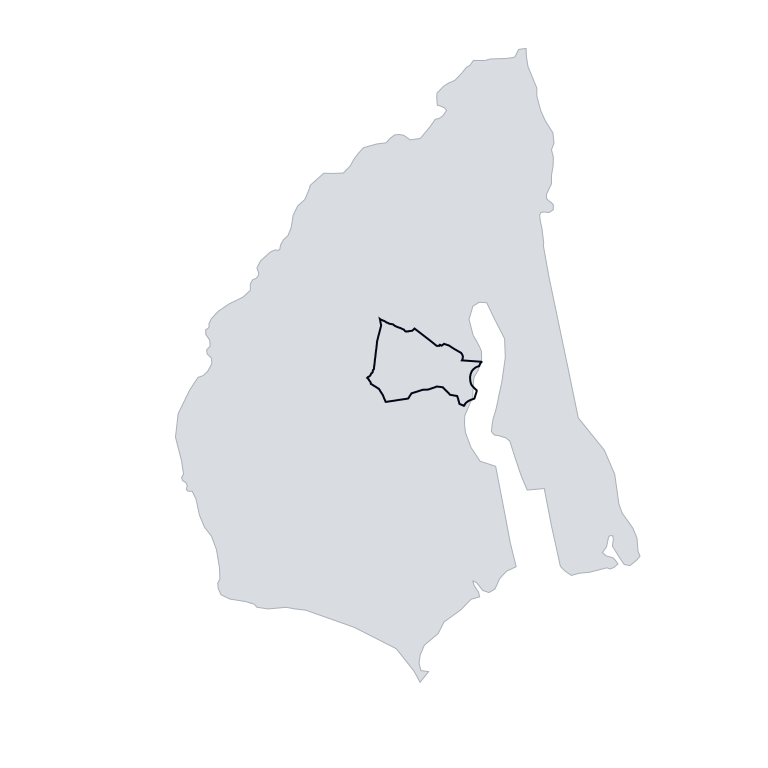 Koumpentoum, Tambacounda, Senegal shown in context, rotated 258°
{"feature_id": "50182788B60464160168835", "entity_name": "Koumpentoum", "entity_type": "district", "adm_level": 2, "iso_a3": "SEN", "parent_name": "Senegal", "parent_adm1": "Tambacounda", "projection": "orthographic", "projection_center": [-14.431, 14.084], "detail": "fine", "context": "in_parent", "style": "outline", "palette": "ink", "viewbox_px": 768, "rotation_deg": 258, "n_neighbors": 0, "source": "geoboundaries", "source_scale": "gbopen_adm2", "svg_char_len": 8864}
<svg xmlns="http://www.w3.org/2000/svg" viewBox="0 0 768 768"><g transform="rotate(258 384 384)"><path d="M593.5,352.9L602.7,368.9L600.8,376.7L598.8,388.0L604.1,396.1L610.2,401.4L614.5,406.3L619.4,413.0L620.3,426.5L619.5,436.2L622.7,440.6L625.4,446.1L624.9,450.8L623.2,454.9L617.4,460.4L616.6,470.5L626.1,482.6L632.3,489.2L632.3,493.0L634.0,497.2L638.5,502.0L641.3,500.8L644.3,496.8L645.6,494.1L653.8,495.2L657.6,496.4L662.9,504.3L664.9,509.6L666.2,516.3L671.8,524.6L676.6,530.4L677.6,534.0L681.9,538.9L679.4,550.0L679.8,555.6L677.1,570.5L676.5,577.5L676.7,580.1L683.3,585.3L682.7,592.8L676.1,591.5L664.6,590.8L641.8,595.0L633.9,593.4L618.9,594.1L608.2,596.4L594.6,601.4L584.1,600.3L578.3,596.5L570.8,596.8L562.3,594.8L553.3,591.2L545.0,589.4L536.1,582.6L532.0,581.4L529.0,583.2L526.6,585.5L524.0,586.9L519.2,585.7L517.4,581.1L518.9,576.6L519.3,573.2L517.0,571.4L511.6,570.8L502.8,570.8L488.7,569.5L485.5,568.6L453.9,567.6L421.1,567.5L393.3,567.4L358.2,567.3L333.5,567.1L310.5,567.0L292.7,576.0L273.4,585.8L247.5,590.9L217.8,588.8L208.2,590.1L198.4,594.4L191.1,597.5L180.8,599.4L167.6,597.7L162.2,598.6L158.9,594.0L155.2,586.7L157.6,581.4L165.7,578.1L177.9,573.7L184.2,576.0L188.0,576.2L188.7,573.3L187.5,571.8L178.4,567.8L173.7,562.6L169.7,565.6L166.3,571.9L163.4,573.7L159.3,575.4L156.9,571.1L156.0,566.9L157.9,563.7L157.1,545.6L158.3,536.0L157.8,527.5L163.6,522.0L169.0,518.6L190.3,518.5L210.0,518.3L229.1,518.7L248.4,519.0L250.5,502.1L256.6,500.8L265.8,499.1L282.9,497.1L302.0,495.2L306.0,491.9L309.2,486.3L311.2,481.3L315.2,479.2L320.5,480.9L327.5,483.6L334.7,487.7L343.0,491.5L348.5,493.8L361.8,499.8L384.5,508.1L403.2,511.4L425.8,505.3L442.1,501.4L444.2,494.1L441.6,487.1L429.5,480.6L412.9,481.3L407.9,483.1L400.2,485.3L395.6,486.1L387.8,484.6L377.9,479.0L371.7,473.3L363.0,470.7L352.7,468.0L336.2,456.4L327.6,454.3L319.4,453.6L303.7,455.9L288.4,462.0L280.3,476.1L264.9,475.8L232.4,475.2L202.5,474.5L177.8,475.3L175.5,465.0L169.7,456.8L160.3,449.8L158.2,443.3L161.5,437.7L170.7,433.1L172.8,429.9L168.0,430.3L160.8,433.2L155.9,433.3L155.4,424.4L147.5,412.8L138.7,393.2L128.6,385.1L120.2,369.2L111.3,363.0L103.1,360.1L96.0,360.6L93.4,367.8L84.7,357.3L96.8,353.7L122.5,341.0L152.3,304.1L179.1,260.3L182.6,249.9L185.9,242.0L188.1,224.0L192.0,213.3L195.6,211.3L200.1,203.1L205.6,188.7L211.7,180.8L218.5,179.3L223.8,180.0L227.5,183.0L238.6,184.9L256.9,185.7L271.0,183.6L281.1,178.7L294.2,176.2L310.5,176.2L319.0,174.1L319.9,170.0L322.0,168.7L325.4,170.4L328.6,169.8L331.6,166.8L334.6,166.6L337.5,169.2L351.1,170.0L375.4,169.0L397.8,176.5L418.5,192.7L429.1,203.4L429.8,208.8L433.2,214.3L439.4,219.7L445.0,220.7L450.2,217.3L454.2,217.6L457.1,221.8L463.0,222.6L469.5,220.0L474.2,220.9L475.0,223.4L476.1,224.7L479.3,225.3L483.6,228.5L489.6,237.0L494.5,249.0L498.4,264.3L503.4,272.7L509.6,274.0L513.2,277.1L513.9,280.8L515.7,283.3L518.7,284.6L523.9,283.8L530.1,288.9L536.7,300.2L537.8,305.2L536.8,308.0L537.2,310.0L541.6,311.8L545.8,315.5L549.2,321.0L556.6,325.9L567.8,330.1L576.0,336.5L581.0,345.0L591.3,352.1L593.5,352.9Z" fill="#d9dde1" stroke="#a8b0b8" stroke-width="1"/><path d="M448.5,393.5L446.7,393.5L444.8,393.4L441.9,393.4L434.6,389.8L432.1,388.5L429.6,387.3L426.9,386.0L426.7,385.9L424.8,385.4L424.0,385.1L423.5,385.0L422.7,384.6L422.1,384.5L421.9,384.4L420.2,383.9L419.6,383.6L419.4,383.5L419.1,383.4L417.8,383.0L417.4,382.8L416.9,382.7L416.5,382.5L416.0,382.4L415.6,382.2L415.3,382.1L414.9,382.0L413.7,381.6L413.4,381.5L413.1,381.5L412.7,381.3L411.3,380.8L410.7,380.5L410.3,380.4L409.6,380.2L409.3,380.0L409.0,380.0L408.8,379.9L408.4,379.8L408.1,379.7L407.6,379.5L406.7,379.3L406.3,379.1L406.0,379.0L405.1,378.7L404.6,378.5L404.3,378.5L404.1,378.3L403.6,378.1L403.3,378.1L402.4,377.7L402.1,377.6L401.8,377.6L400.9,377.3L400.6,377.2L400.4,376.9L400.2,376.6L399.9,376.1L399.7,376.0L399.6,375.9L399.4,375.9L398.8,375.6L398.4,375.6L398.2,375.4L397.9,375.3L397.4,374.8L396.9,373.6L396.6,373.4L396.2,373.2L395.7,372.7L395.3,372.5L395.2,372.3L395.1,372.2L394.9,372.0L394.3,370.7L394.2,370.4L394.2,370.0L394.2,369.9L394.1,369.7L393.5,368.9L393.2,369.2L393.0,369.3L392.7,369.3L392.3,369.6L391.8,370.0L391.4,370.1L391.1,370.1L390.9,370.1L390.7,370.2L390.7,370.3L390.4,370.4L390.1,370.5L389.8,370.6L389.2,371.0L388.3,371.3L387.8,371.3L387.2,371.1L386.9,371.1L386.7,371.5L386.3,371.8L386.0,372.2L385.7,372.5L385.3,372.8L385.0,373.2L384.8,373.4L384.4,373.8L384.2,373.9L383.9,374.2L383.7,374.6L383.2,375.0L382.8,375.5L382.3,376.0L382.2,376.0L381.9,376.3L381.5,376.8L381.3,377.0L381.1,377.2L380.9,377.3L380.7,377.5L380.4,378.0L380.0,378.1L379.6,378.2L379.0,378.6L378.4,378.7L378.2,378.8L377.9,378.8L377.6,379.0L376.4,379.4L376.1,379.5L375.8,379.7L375.5,379.7L375.1,380.0L374.9,380.0L374.6,380.1L374.1,380.2L373.7,380.5L373.2,380.6L372.9,380.6L372.7,380.7L371.3,380.9L371.1,381.0L370.3,381.1L370.1,381.1L369.7,381.2L369.4,381.2L368.7,381.5L368.4,381.5L367.8,381.6L367.2,381.7L366.8,381.8L366.5,381.8L366.4,381.9L366.2,381.9L366.1,382.0L365.7,388.7L365.6,389.6L365.4,394.0L364.8,403.6L364.8,404.7L365.0,405.0L365.4,405.2L366.0,405.9L366.3,406.1L366.6,406.4L367.7,407.5L368.7,408.6L368.9,408.7L369.2,409.0L369.2,409.4L369.3,410.6L369.4,411.4L369.4,412.3L369.5,412.4L369.5,412.7L369.7,414.8L369.7,415.3L369.8,415.6L370.3,420.7L370.3,421.1L370.1,421.6L370.0,422.6L369.8,423.5L369.4,425.8L369.5,426.7L369.5,427.5L369.6,428.0L369.7,428.6L369.7,429.0L369.8,429.2L369.8,429.5L369.9,430.0L369.9,430.5L370.0,431.0L370.0,431.5L370.1,431.8L370.1,432.2L370.1,432.4L370.2,433.3L370.4,433.8L370.4,434.1L370.5,434.7L370.6,434.9L370.5,435.3L369.9,437.0L369.7,437.7L369.4,438.6L369.0,439.7L368.9,439.9L368.6,440.8L368.3,440.9L368.1,441.2L367.7,441.3L367.4,441.6L366.2,442.2L365.7,442.7L365.0,443.1L364.5,443.3L363.9,443.9L363.3,444.2L363.0,444.4L362.4,444.7L362.2,445.0L361.4,445.5L361.1,445.6L360.3,446.0L359.9,446.2L359.7,446.4L359.2,447.7L357.7,451.3L357.7,451.6L357.6,451.9L357.4,452.1L357.1,453.0L356.8,453.1L356.1,453.2L355.4,453.2L354.7,453.4L354.0,453.4L353.7,453.5L353.2,453.4L352.7,453.4L352.0,453.6L351.6,453.5L350.6,453.6L350.1,453.6L349.3,453.6L348.9,453.7L348.8,453.9L348.5,454.0L348.2,454.7L348.0,454.9L347.8,455.2L347.6,455.4L347.6,455.5L347.2,456.0L347.1,456.4L346.8,456.6L346.8,456.9L346.2,457.3L346.3,457.6L346.1,457.8L346.1,458.0L346.5,458.2L347.4,459.0L347.7,459.2L347.8,459.5L348.2,459.7L348.7,460.6L349.3,461.9L349.8,462.8L349.8,463.2L349.9,463.4L350.0,464.0L350.2,464.5L350.3,464.9L350.4,465.5L350.6,467.1L350.6,467.3L350.7,467.5L350.7,467.8L350.7,468.0L350.8,468.5L350.9,469.3L351.1,469.5L351.4,469.6L351.6,469.7L351.9,469.9L352.8,470.4L353.2,470.6L354.1,471.1L354.4,471.4L354.7,471.5L355.0,471.6L355.3,471.8L355.6,471.9L355.7,472.1L356.0,472.2L356.8,472.7L357.1,472.9L357.4,473.0L357.5,473.1L357.8,473.1L358.4,473.3L358.9,473.2L359.4,472.7L359.5,472.6L360.0,472.3L360.3,472.1L360.6,471.9L360.9,471.7L361.3,471.4L361.7,471.1L362.0,471.0L363.0,470.4L364.1,469.8L364.6,469.5L364.8,469.5L365.0,469.4L365.3,469.3L366.5,469.1L367.3,469.1L367.5,469.0L368.2,469.0L368.5,469.1L368.8,469.1L369.7,469.1L369.9,469.2L370.6,469.2L371.9,469.5L372.6,469.6L373.6,469.8L374.2,470.2L375.3,470.6L376.1,471.1L376.5,471.3L376.9,471.6L377.2,471.8L377.8,472.2L378.1,472.4L378.3,472.6L378.8,473.2L379.3,473.7L379.4,474.0L379.7,474.3L379.8,474.4L380.2,475.2L380.4,475.7L380.6,475.9L380.7,476.1L380.8,476.3L381.1,477.0L381.3,477.8L381.5,478.7L381.6,479.7L381.7,480.0L381.6,480.5L381.7,480.8L381.9,481.0L382.2,481.1L383.0,481.6L383.3,481.9L383.7,482.1L383.9,482.4L384.1,482.5L384.5,483.0L384.8,483.1L385.1,483.6L385.3,484.0L385.5,483.9L390.9,465.2L391.1,465.4L391.5,465.6L392.0,465.9L392.2,466.0L392.6,466.3L393.2,466.4L393.6,466.6L394.6,466.9L395.2,466.9L395.4,466.8L396.2,466.7L397.2,466.4L397.8,466.1L398.2,466.0L398.5,465.8L398.6,465.6L399.0,465.3L399.6,464.5L399.8,464.3L400.0,464.1L400.2,463.9L400.4,463.6L400.8,463.2L402.0,461.9L402.2,461.7L402.7,461.0L404.0,459.7L405.5,458.1L406.6,457.1L407.1,456.6L407.9,455.7L408.1,455.6L408.7,454.7L408.8,454.3L409.3,453.6L409.7,453.0L410.0,452.5L410.1,452.1L410.5,451.4L410.8,451.1L410.4,450.3L410.3,450.0L410.1,449.6L410.0,449.4L409.9,449.1L409.7,448.8L409.5,448.4L410.3,447.4L410.8,446.8L410.8,446.7L410.6,446.6L409.9,446.3L409.8,446.1L409.8,445.9L410.0,445.4L410.0,445.0L410.2,444.0L410.4,443.4L413.5,440.9L416.2,438.7L431.9,425.4L430.4,423.0L430.2,422.4L430.5,419.9L430.4,419.1L430.5,418.9L430.4,418.7L430.5,418.5L430.5,418.3L430.6,417.8L430.7,417.5L430.6,417.4L430.6,417.0L430.7,416.9L430.7,416.6L430.8,416.3L431.4,415.6L432.7,414.9L433.0,414.8L433.1,414.6L433.3,414.4L433.5,414.1L433.7,413.8L434.0,413.4L434.2,413.1L434.4,412.8L434.7,412.5L435.4,411.7L435.5,411.3L436.9,409.0L438.8,406.5L440.4,405.3L441.2,403.4L441.9,401.6L442.1,401.4L442.6,401.0L443.0,400.5L443.4,399.8L443.5,399.3L444.2,398.8L445.1,397.9L445.6,397.3L445.9,396.9L446.0,396.5L446.5,396.0L447.8,394.1L448.5,393.5Z" fill="none" stroke="#020617" stroke-width="2"/></g></svg>